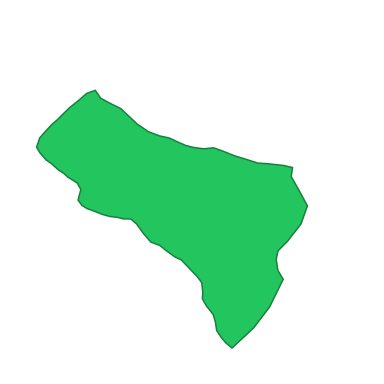 outline of Agios Nikolaos Ammochostou, Cyprus, rotated 139°
{"feature_id": "46923920B28206074202604", "entity_name": "Agios Nikolaos Ammochostou", "entity_type": "district", "adm_level": 2, "iso_a3": "CYP", "parent_name": "Cyprus", "parent_adm1": "", "projection": "robinson", "projection_center": [33.679, 35.322], "detail": "fine", "context": "isolated", "style": "filled", "palette": "green", "viewbox_px": 384, "rotation_deg": 139, "n_neighbors": 0, "source": "geoboundaries", "source_scale": "gbopen_adm2", "svg_char_len": 1127}
<svg xmlns="http://www.w3.org/2000/svg" viewBox="0 0 384 384"><g transform="rotate(139 192 192)"><path d="M100.1,144.5L105.4,151.9L110.5,157.4L117.7,165.1L123.3,170.6L130.0,181.6L136.2,191.5L141.8,202.5L146.8,211.3L154.7,216.8L161.9,225.0L166.4,231.6L170.3,239.9L173.7,247.6L179.8,255.8L185.4,266.2L188.8,279.4L189.9,290.4L191.0,301.4L195.5,312.4L199.4,322.8L198.3,332.2L202.8,334.0L206.7,335.5L218.4,335.5L229.0,336.0L237.4,335.5L245.8,334.9L253.7,334.9L263.7,333.8L271.5,332.7L279.9,327.8L281.1,321.2L281.1,311.8L279.4,305.3L278.3,295.9L276.6,290.4L276.0,284.9L272.7,273.9L274.3,266.8L283.3,260.7L283.9,254.1L282.2,248.6L278.3,241.5L274.3,233.8L269.9,227.2L264.8,221.7L261.5,216.8L255.9,211.8L254.8,204.1L255.9,192.6L255.9,181.1L251.4,172.8L249.7,163.5L247.5,154.1L244.7,148.1L244.1,136.6L243.6,124.5L244.1,117.3L249.7,109.1L254.2,104.7L255.9,96.5L256.4,85.5L259.8,78.3L264.3,71.2L265.4,62.4L265.4,55.8L264.2,48.0L263.2,48.0L234.7,49.0L208.8,54.3L180.4,66.3L178.6,76.6L172.5,86.1L165.5,91.2L152.4,92.1L130.6,96.4L114.0,105.8L110.5,121.3L107.0,138.5L100.1,144.5Z" fill="#22c55e" stroke="#15803d" stroke-width="1.5"/></g></svg>